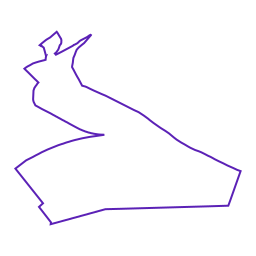 the district of Kesm than Al Raml, Al Iskandariyah, Egypt
{"feature_id": "37247803B61972877463363", "entity_name": "Kesm than Al Raml", "entity_type": "district", "adm_level": 2, "iso_a3": "EGY", "parent_name": "Egypt", "parent_adm1": "Al Iskandariyah", "projection": "albers", "projection_center": [29.979, 31.211], "detail": "fine", "context": "isolated", "style": "outline", "palette": "violet", "viewbox_px": 256, "rotation_deg": 0, "n_neighbors": 0, "source": "geoboundaries", "source_scale": "gbopen_adm2", "svg_char_len": 2822}
<svg xmlns="http://www.w3.org/2000/svg" viewBox="0 0 256 256"><path d="M105.4,209.2L121.2,208.8L209.0,206.3L228.3,205.7L230.6,199.4L240.6,171.1L237.2,169.9L233.2,168.0L227.5,165.5L223.2,163.3L218.7,161.2L214.7,159.2L212.8,158.1L210.6,156.9L207.9,155.7L205.1,154.2L201.3,152.3L198.6,151.2L195.1,150.0L190.4,147.8L187.9,146.4L185.4,144.9L184.2,144.2L181.3,142.6L176.6,139.6L173.9,137.5L169.0,133.4L165.2,130.8L161.0,128.2L158.8,126.7L153.4,122.9L149.6,120.0L148.1,118.7L145.5,116.8L144.0,115.7L138.7,112.2L137.0,111.4L136.3,111.1L133.9,110.0L118.9,102.4L105.4,95.6L102.0,94.2L95.7,91.4L93.9,90.6L90.3,88.9L86.5,87.0L85.2,86.5L82.1,85.7L81.7,84.9L78.8,79.4L78.0,78.0L77.5,77.2L76.1,74.7L73.4,69.5L72.1,67.2L72.1,66.3L72.8,62.8L73.0,60.9L73.1,60.0L73.4,57.9L74.7,54.9L75.5,52.7L75.6,52.3L76.6,50.0L76.7,49.7L76.9,49.5L78.7,47.5L81.8,44.9L84.1,43.1L91.0,35.1L91.3,34.4L91.2,34.5L89.4,35.4L87.2,37.0L84.1,38.6L80.8,40.3L79.7,41.0L77.4,43.2L74.8,44.6L73.9,44.9L73.9,45.0L72.6,45.9L68.5,48.1L61.2,52.0L55.9,54.7L54.9,53.5L55.2,53.3L55.4,53.1L56.2,52.4L56.7,51.8L57.6,50.5L58.2,49.7L58.8,48.2L59.8,45.2L60.3,44.7L60.7,44.3L60.8,44.1L60.9,43.8L61.3,42.9L61.3,42.7L61.4,40.1L61.1,39.1L61.1,38.9L61.0,38.7L60.3,37.6L58.1,33.9L57.7,33.2L56.7,31.8L50.2,37.4L46.7,39.5L45.7,40.2L42.1,43.1L39.7,45.2L39.9,45.3L40.0,45.4L40.2,45.5L40.7,45.9L41.1,46.1L41.3,45.9L41.5,45.7L42.5,46.7L43.7,47.6L44.5,50.3L45.5,54.0L46.0,56.0L46.2,55.9L46.0,56.4L46.0,56.6L45.8,57.6L45.6,59.8L43.9,60.3L42.6,60.6L40.7,61.1L39.1,61.5L38.1,61.8L36.8,62.2L36.1,62.4L35.8,62.5L35.5,62.6L34.0,63.1L32.6,63.6L31.9,64.1L31.0,64.6L29.8,65.3L28.4,66.0L27.3,66.6L26.1,67.4L25.0,68.2L24.4,68.7L25.3,69.6L28.5,72.7L29.8,74.0L34.8,79.0L36.5,80.6L38.4,82.5L37.4,83.6L36.5,85.0L35.4,86.4L34.6,87.7L34.5,87.8L34.4,87.9L33.5,90.6L33.4,93.0L33.1,99.4L33.2,99.7L33.2,100.1L33.6,101.8L35.4,105.4L38.0,106.8L42.1,109.1L50.6,113.4L52.0,114.2L53.0,114.8L54.2,115.4L55.1,115.9L56.3,116.6L57.4,117.1L58.3,117.7L59.3,118.2L59.6,118.3L59.8,118.5L60.6,118.9L61.6,119.5L62.9,120.2L64.0,120.7L64.8,121.2L65.5,121.6L67.0,122.3L69.2,123.6L72.9,125.6L75.3,126.9L77.0,127.8L79.9,129.3L81.2,129.8L82.5,130.4L84.2,131.0L85.3,131.5L86.1,131.7L87.0,132.0L87.3,132.1L87.6,132.2L88.4,132.5L89.5,132.7L91.2,133.2L92.9,133.5L93.6,133.7L94.9,133.9L96.2,134.1L97.4,134.3L99.2,134.5L100.3,134.6L103.4,134.7L104.1,134.8L104.4,134.8L103.6,134.9L94.7,136.2L92.4,136.5L90.3,136.8L89.1,137.0L87.0,137.4L84.3,137.9L82.2,138.3L80.9,138.6L78.8,139.1L77.2,139.5L75.8,139.8L73.5,140.4L71.0,141.1L69.2,141.7L66.7,142.4L65.5,142.8L64.7,143.1L62.5,143.9L62.2,143.9L61.9,144.0L58.3,145.2L54.8,146.6L51.8,147.8L47.4,149.6L44.2,151.1L41.8,152.2L38.5,154.0L35.9,155.3L33.0,156.9L29.6,158.6L26.2,160.3L15.4,168.6L43.0,203.3L39.0,206.9L51.0,222.4L50.7,224.2L105.4,209.2Z" fill="none" stroke="#5b21b6" stroke-width="2"/></svg>